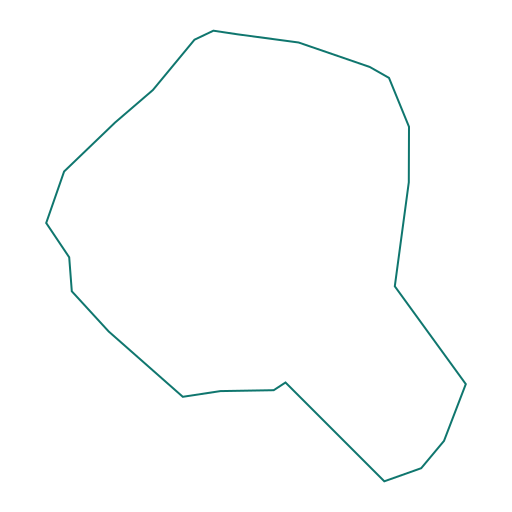 Banks, Georgia, United States of America
{"feature_id": "52423323B95663271453057", "entity_name": "Banks", "entity_type": "district", "adm_level": 2, "iso_a3": "USA", "parent_name": "United States of America", "parent_adm1": "Georgia", "projection": "albers", "projection_center": [-83.504, 34.345], "detail": "fine", "context": "isolated", "style": "outline", "palette": "teal", "viewbox_px": 512, "rotation_deg": 0, "n_neighbors": 0, "source": "geoboundaries", "source_scale": "gbopen_adm2", "svg_char_len": 427}
<svg xmlns="http://www.w3.org/2000/svg" viewBox="0 0 512 512"><path d="M115.1,122.5L64.1,171.5L46.2,223.0L69.2,257.3L71.8,291.3L108.7,331.5L182.8,396.8L220.4,391.1L273.7,390.2L285.5,382.5L384.3,481.3L421.2,468.2L444.0,440.9L465.8,384.1L394.8,286.3L408.8,182.3L409.0,126.8L389.0,77.9L369.8,67.0L311.4,46.9L298.6,42.5L237.4,34.3L213.4,30.7L194.5,39.7L152.9,90.0L115.1,122.5Z" fill="none" stroke="#0f766e" stroke-width="2"/></svg>